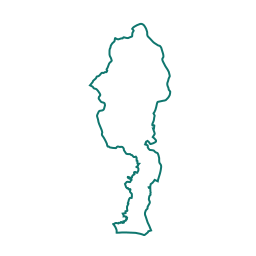 Duy Xuyen, Quàng Nam, Vietnam, rotated 104°
{"feature_id": "81297802B11134761285152", "entity_name": "Duy Xuyen", "entity_type": "district", "adm_level": 2, "iso_a3": "VNM", "parent_name": "Vietnam", "parent_adm1": "Quàng Nam", "projection": "mercator", "projection_center": [108.241, 15.795], "detail": "fine", "context": "isolated", "style": "outline", "palette": "teal", "viewbox_px": 256, "rotation_deg": 104, "n_neighbors": 0, "source": "geoboundaries", "source_scale": "gbopen_adm2", "svg_char_len": 5806}
<svg xmlns="http://www.w3.org/2000/svg" viewBox="0 0 256 256"><g transform="rotate(104 128 128)"><path d="M26.1,144.2L28.2,146.4L29.3,147.3L30.2,147.7L30.8,147.9L31.6,146.7L32.1,146.1L32.5,146.1L34.5,146.7L35.7,146.6L37.8,146.2L38.2,146.3L38.4,146.5L39.5,148.1L40.6,149.5L40.8,149.9L41.0,151.4L41.0,153.8L41.1,154.2L41.4,154.5L42.3,154.9L42.5,155.3L42.7,156.2L44.3,158.8L44.4,159.8L44.3,160.7L43.9,161.9L43.9,162.1L44.1,162.3L47.0,162.1L47.5,162.3L49.0,163.3L49.8,163.8L51.6,164.4L52.4,164.6L54.4,164.5L55.1,164.7L55.8,164.8L57.2,164.7L60.9,163.8L62.0,163.3L62.7,162.9L64.0,161.7L65.3,160.8L66.6,160.1L67.0,160.2L67.6,160.5L68.9,161.4L70.1,161.9L74.5,162.4L75.9,162.9L76.6,162.9L76.9,162.7L77.2,162.1L78.0,162.1L78.7,162.3L79.0,162.5L79.4,163.9L80.5,165.0L80.7,166.5L80.9,166.8L81.6,167.3L83.3,168.1L83.9,168.4L84.6,169.0L85.1,169.6L85.4,170.4L85.7,170.7L86.2,170.9L87.0,171.0L87.7,171.2L90.6,173.2L92.0,173.4L95.8,175.2L96.4,172.5L96.6,172.1L97.6,171.0L97.8,170.6L97.9,168.3L98.2,167.6L99.4,165.9L101.4,163.7L102.6,162.9L102.9,162.9L103.4,163.0L104.9,163.7L105.7,163.7L106.6,163.5L107.0,163.1L108.9,160.8L109.2,160.2L109.3,159.6L109.3,157.9L109.5,157.1L109.7,156.8L110.4,156.3L111.6,155.8L115.2,155.9L116.0,156.1L116.7,156.6L117.1,157.1L118.3,159.8L118.6,160.0L118.9,160.2L119.5,160.4L122.5,161.0L123.7,161.0L124.2,160.8L126.9,159.2L129.3,158.1L130.9,157.1L135.9,153.4L136.8,152.8L138.5,151.9L139.9,151.9L140.7,151.7L141.4,151.3L143.1,149.3L145.0,147.5L147.0,145.8L148.4,144.7L149.7,144.1L150.6,143.5L150.9,143.0L150.6,142.3L151.2,141.1L151.2,140.7L151.0,137.9L150.5,135.1L150.4,134.8L150.1,134.6L149.5,134.4L149.0,134.1L148.6,133.7L148.4,133.2L148.4,131.2L147.9,130.2L147.8,128.9L148.1,128.3L148.5,127.7L149.0,127.2L149.6,126.9L150.3,126.7L150.7,126.4L153.2,123.7L153.4,123.3L153.4,122.2L153.1,120.7L152.8,119.7L153.3,118.7L153.4,117.3L153.8,116.9L154.6,115.7L154.7,115.4L154.7,115.1L154.5,114.5L153.9,113.5L154.2,113.1L154.9,112.4L155.1,112.3L155.8,112.3L157.6,111.7L157.5,111.1L157.9,110.8L159.9,110.4L160.0,110.3L160.2,110.1L160.0,108.6L161.5,109.3L161.9,109.2L162.2,109.2L163.7,110.4L163.9,110.3L163.8,109.4L163.8,109.1L165.0,108.0L166.7,107.7L167.9,107.9L168.7,108.3L169.2,108.2L169.3,108.3L169.3,108.6L169.0,109.8L168.9,110.4L169.1,110.8L169.3,111.2L169.6,111.3L170.2,111.3L170.5,111.0L170.9,110.6L171.1,110.5L171.3,110.5L172.5,111.7L173.2,112.1L174.1,112.3L175.0,112.2L175.5,112.4L175.7,112.6L175.8,113.0L175.5,114.9L175.4,116.0L175.5,116.3L175.9,116.3L176.4,115.8L176.8,114.3L177.0,112.7L177.5,112.0L178.6,112.6L179.8,112.8L180.0,113.0L180.2,113.8L180.2,115.0L180.3,115.5L180.7,116.2L183.0,117.4L185.9,115.5L186.6,114.4L186.3,113.7L186.4,113.4L187.1,112.9L187.4,112.6L187.4,112.4L186.8,111.5L186.8,111.0L187.0,110.8L187.5,110.7L188.7,110.8L189.4,110.6L190.0,109.9L190.7,108.7L191.0,108.4L191.5,108.2L193.7,107.6L194.4,107.6L195.0,107.6L195.2,108.9L195.4,109.2L195.8,109.4L196.3,109.6L197.3,109.8L199.7,109.8L200.3,109.9L200.9,110.0L201.0,110.0L201.4,109.3L201.5,109.3L202.9,109.6L204.4,109.9L205.0,109.8L206.6,109.4L208.2,108.7L208.5,108.7L208.7,108.8L209.4,110.3L209.6,110.3L211.1,109.7L211.2,109.8L212.3,112.4L214.1,110.9L214.5,110.8L214.8,110.8L214.5,110.0L214.5,108.2L215.2,108.1L215.3,107.2L216.5,107.1L216.6,107.6L217.6,107.5L217.8,107.9L218.6,107.9L219.6,109.7L220.4,109.1L220.7,109.1L221.1,109.6L221.3,109.9L221.4,110.3L221.3,111.0L220.9,111.2L220.8,111.4L221.0,112.1L221.7,112.2L221.9,112.5L222.2,113.9L222.3,114.1L222.9,114.2L222.9,114.3L223.0,116.3L223.1,116.8L223.5,117.5L224.1,117.9L224.8,119.1L225.0,119.0L225.3,118.3L225.6,118.0L227.4,116.1L228.6,115.2L229.6,114.5L230.3,114.2L232.3,113.7L232.1,112.7L231.7,111.3L230.8,108.5L229.7,104.0L228.2,96.7L227.9,95.1L227.8,92.5L227.7,90.4L227.8,88.2L228.0,86.9L227.9,86.5L227.8,86.1L227.3,85.6L226.6,85.1L224.6,83.6L223.9,83.3L223.3,83.3L221.8,80.8L217.8,83.7L214.9,86.1L209.8,89.3L208.2,90.4L207.1,90.8L206.0,91.0L203.7,90.8L202.6,90.3L201.8,89.7L201.4,89.6L199.8,89.9L198.5,89.6L196.1,88.9L195.4,88.8L194.6,88.9L193.6,89.5L192.5,90.4L191.7,90.6L189.2,90.8L188.7,90.7L187.7,90.1L187.2,90.0L186.5,90.4L185.1,90.4L184.2,90.9L180.7,91.9L181.0,93.2L180.5,93.6L179.7,92.2L177.0,92.4L175.1,90.9L173.4,90.1L171.9,89.6L172.5,86.2L170.8,86.3L164.8,86.0L162.3,86.0L160.5,86.1L157.7,86.4L156.5,86.8L155.7,87.3L154.2,89.0L153.7,89.3L152.3,89.8L149.6,90.5L147.0,91.9L145.7,92.8L145.3,93.2L145.1,93.7L145.0,94.9L144.6,96.0L143.6,97.6L143.7,99.3L144.0,101.5L143.9,101.8L143.2,102.9L142.1,104.1L140.8,104.4L140.2,104.7L140.0,105.1L139.8,107.3L139.5,107.2L139.0,107.3L138.8,107.4L138.6,107.4L138.4,107.0L137.9,107.1L136.9,107.1L135.8,105.9L136.7,104.2L138.0,102.7L138.1,102.4L138.0,102.0L136.8,100.0L135.8,98.8L135.0,98.0L134.6,97.7L134.2,97.6L133.6,97.7L133.2,97.9L132.8,98.4L131.8,99.8L130.8,101.8L128.2,100.9L127.5,100.7L126.8,100.8L125.3,101.7L124.3,102.4L122.4,103.6L122.3,102.7L119.6,103.0L119.2,103.1L119.1,103.4L119.1,104.1L119.6,104.8L119.5,105.0L119.2,105.1L118.5,105.3L117.6,105.3L116.4,105.0L115.7,105.0L114.8,104.8L113.2,104.9L111.6,105.1L109.9,105.1L109.4,105.2L109.1,105.5L107.6,106.8L106.4,106.3L103.9,105.8L100.6,105.7L97.4,105.8L96.0,105.7L95.6,105.5L95.4,105.3L93.1,100.6L92.5,99.2L91.8,98.1L89.7,96.8L88.2,96.1L86.1,95.5L85.0,95.5L83.7,95.6L82.4,95.9L81.0,97.7L79.3,98.5L77.7,99.7L76.6,100.3L75.6,100.6L74.6,100.7L72.6,100.5L70.2,100.5L67.8,100.0L67.4,100.1L66.7,100.4L63.7,102.0L61.8,103.7L59.0,106.7L54.9,110.3L54.0,110.9L53.2,111.3L52.6,111.4L52.3,111.4L50.8,110.9L50.4,110.9L49.8,111.0L48.6,111.4L47.2,112.1L43.9,114.1L42.2,115.1L41.2,116.1L40.8,116.7L40.6,117.1L40.6,118.5L40.5,119.0L39.1,123.1L38.4,124.5L36.1,128.0L34.4,130.8L34.0,131.2L32.9,131.9L31.0,132.4L30.1,132.7L27.3,134.5L26.0,135.7L24.6,137.2L24.0,138.4L23.8,139.1L23.7,139.7L23.8,140.5L24.1,141.4L26.1,144.2Z" fill="none" stroke="#0f766e" stroke-width="2"/></g></svg>